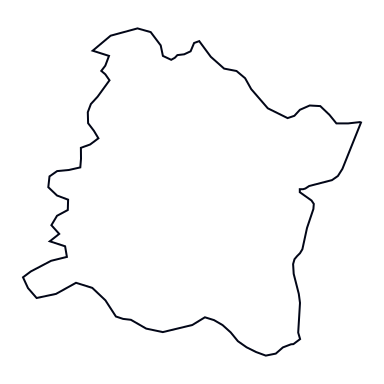 an SVG outline of Varna
{"feature_id": "BGR-2260", "entity_name": "Varna", "entity_type": "Province", "adm_level": 1, "iso_a3": "BGR", "parent_name": "Bulgaria", "parent_adm1": "", "projection": "equal_earth", "projection_center": [27.58, 43.197], "detail": "fine", "context": "isolated", "style": "outline", "palette": "ink", "viewbox_px": 384, "rotation_deg": 0, "n_neighbors": 0, "source": "natural_earth", "source_scale": "10m", "svg_char_len": 1355}
<svg xmlns="http://www.w3.org/2000/svg" viewBox="0 0 384 384"><path d="M361.0,122.5L342.4,168.9L337.9,176.0L332.0,180.1L309.2,186.0L305.4,188.5L303.1,189.2L299.8,189.2L299.8,192.2L311.5,200.5L313.8,203.9L313.4,209.0L307.0,228.0L302.4,249.2L300.0,253.2L297.1,256.1L294.5,259.2L293.1,264.1L293.7,273.9L298.8,293.9L300.0,302.9L298.2,332.6L300.1,339.1L293.4,344.1L291.0,344.3L282.9,347.4L275.8,353.6L265.8,355.6L256.0,352.0L246.6,347.3L237.9,341.2L230.7,332.4L222.6,325.1L214.0,320.1L204.9,317.3L192.3,325.0L162.8,332.1L146.2,328.6L130.9,319.8L123.1,318.9L115.9,316.5L105.4,300.3L92.3,287.9L76.0,282.8L56.0,293.9L36.6,298.0L28.0,288.1L23.0,277.3L30.9,271.4L51.1,260.8L66.9,256.9L65.1,246.3L49.8,241.3L59.2,233.9L51.4,225.2L57.0,215.8L67.8,210.0L68.1,199.7L57.0,195.5L48.3,187.2L49.5,176.4L57.1,171.1L68.8,170.0L80.3,167.4L81.0,158.8L80.9,147.8L90.1,144.5L98.4,138.3L93.9,130.8L88.1,123.2L87.8,112.2L90.9,104.0L97.6,96.7L109.5,80.3L105.3,74.3L101.3,70.9L105.3,65.7L109.0,55.9L92.7,50.7L110.6,35.7L137.5,28.4L150.7,32.1L160.7,45.4L162.9,55.9L171.2,59.8L174.8,57.8L177.4,55.1L184.2,54.3L190.6,51.3L194.1,43.0L199.2,41.1L210.8,56.8L224.1,68.6L236.5,71.0L245.1,78.2L251.2,89.1L267.8,108.3L287.6,118.1L294.4,115.8L299.9,109.8L309.7,105.5L320.3,106.1L329.5,114.9L336.4,123.4L348.2,123.4L359.9,122.1L361.0,122.5Z" fill="none" stroke="#020617" stroke-width="2"/></svg>